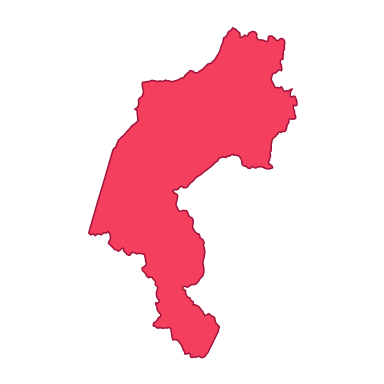 Nova Venécia, Espírito Santo, Brazil, rotated 182°
{"feature_id": "56859067B73479400955028", "entity_name": "Nova Venécia", "entity_type": "district", "adm_level": 2, "iso_a3": "BRA", "parent_name": "Brazil", "parent_adm1": "Espírito Santo", "projection": "equal_earth", "projection_center": [-40.551, -18.657], "detail": "fine", "context": "isolated", "style": "filled", "palette": "rose", "viewbox_px": 384, "rotation_deg": 182, "n_neighbors": 0, "source": "geoboundaries", "source_scale": "gbopen_adm2", "svg_char_len": 6033}
<svg xmlns="http://www.w3.org/2000/svg" viewBox="0 0 384 384"><g transform="rotate(182 192 192)"><path d="M140.0,353.3L141.3,351.7L141.8,349.8L143.2,349.7L144.9,350.7L146.3,349.2L147.4,348.5L149.2,348.3L149.9,352.8L151.4,353.8L154.0,356.2L155.7,356.8L157.0,357.5L158.1,355.9L159.2,354.4L160.7,353.9L161.6,352.7L162.2,350.5L163.8,348.2L165.5,347.4L166.0,345.6L166.8,341.2L167.8,339.2L168.9,334.5L170.5,330.7L171.8,328.9L172.9,326.7L174.2,324.5L176.0,323.1L177.1,321.3L178.4,321.1L179.6,320.8L181.0,320.2L182.3,318.6L183.9,316.9L184.8,315.7L185.8,314.9L188.3,313.4L190.2,311.7L191.9,311.1L193.9,311.6L195.0,312.7L198.3,313.3L199.4,311.6L200.7,310.6L202.1,309.3L203.4,307.9L204.1,305.8L205.7,305.7L207.3,305.2L208.6,304.2L209.8,303.5L214.4,302.0L215.6,301.4L218.8,302.3L220.8,302.3L222.3,302.9L224.0,302.0L225.7,301.3L227.0,301.9L228.6,301.8L230.0,301.1L231.4,301.6L233.3,301.8L235.4,302.2L237.2,301.8L238.3,301.0L240.0,300.9L241.8,300.6L243.5,300.1L245.1,299.9L245.5,298.4L245.4,296.6L244.5,292.6L243.8,291.1L244.3,289.5L244.7,286.9L245.7,285.6L246.9,284.5L248.3,283.3L248.8,281.5L248.4,279.9L248.5,276.8L249.4,274.8L251.9,272.8L249.7,271.4L249.3,267.2L248.7,263.4L248.5,261.4L249.9,259.7L251.8,258.0L253.3,257.0L254.5,255.9L255.8,254.1L257.1,252.4L260.4,248.6L261.7,246.8L264.9,243.8L265.8,242.6L267.2,241.5L267.9,239.7L269.1,236.5L269.5,234.3L271.2,233.1L272.4,231.5L279.7,202.6L286.9,175.2L293.8,147.4L291.8,145.6L289.7,146.4L288.1,146.3L287.4,145.0L286.1,145.8L285.1,147.0L283.8,146.8L282.4,146.2L280.8,146.3L279.1,147.8L277.2,148.1L275.7,148.2L274.6,149.5L273.6,148.6L272.8,147.3L272.2,145.9L271.8,144.0L272.3,141.3L273.4,139.5L273.7,137.8L271.8,136.1L268.4,132.9L267.3,131.6L265.9,131.9L263.6,130.2L262.1,131.1L260.4,132.8L259.2,133.6L258.2,132.9L258.4,130.8L257.0,129.7L254.7,127.3L253.1,126.5L251.7,126.8L249.7,129.6L248.0,129.4L244.9,128.1L243.5,128.9L241.9,128.8L240.5,128.4L238.8,128.6L237.4,127.6L237.0,126.0L236.3,124.6L236.2,122.7L235.8,120.7L235.1,118.8L235.7,116.9L239.2,114.4L239.1,112.4L237.8,110.8L236.1,109.7L235.2,107.8L233.9,105.9L232.6,104.8L230.7,105.5L229.0,105.3L227.6,103.4L226.0,102.1L225.2,100.1L225.6,98.2L224.4,97.1L222.9,95.9L223.2,93.4L224.0,91.0L224.0,89.1L223.9,87.3L223.3,85.5L222.6,84.2L220.9,82.5L221.7,80.2L223.2,79.9L224.4,79.9L224.3,78.0L223.0,76.3L222.9,73.7L222.1,72.2L220.7,70.2L218.8,68.5L219.2,66.3L221.2,65.3L222.0,63.2L223.4,61.4L225.4,60.1L226.1,58.4L225.9,56.7L223.9,56.4L222.5,55.1L220.8,54.7L219.2,55.5L217.2,54.8L215.4,55.0L214.1,55.3L212.1,55.1L211.1,55.9L209.6,55.4L208.4,54.5L208.0,52.9L207.8,50.9L207.3,49.1L207.1,47.4L206.7,45.4L205.8,43.5L204.6,43.9L201.1,43.4L200.2,42.2L198.9,40.8L197.7,39.2L196.5,37.2L195.7,35.1L194.7,33.1L193.9,31.9L193.5,29.9L191.8,29.9L190.3,30.2L189.1,30.9L187.9,30.0L187.9,27.3L186.2,26.5L184.4,27.3L183.0,26.9L180.9,27.5L179.0,28.2L177.8,27.3L176.4,26.7L174.5,27.3L172.7,28.7L171.7,30.8L170.6,31.9L160.8,53.8L160.8,55.7L159.9,57.5L160.5,59.0L162.2,60.5L163.6,62.0L164.2,63.6L164.9,67.0L166.2,68.2L168.7,69.2L169.9,70.2L171.2,71.0L173.3,69.5L175.0,69.0L176.2,71.0L176.7,72.4L178.9,74.8L180.0,76.3L181.4,77.9L185.1,79.5L186.5,79.0L186.7,81.1L187.3,82.8L188.7,83.0L189.6,84.1L190.0,85.7L191.2,86.4L193.0,86.9L194.2,89.0L195.0,91.0L194.9,93.0L196.3,94.2L197.6,94.0L198.0,96.4L196.5,97.5L194.9,97.2L193.2,96.6L191.4,97.8L189.6,99.3L186.4,99.6L184.7,100.3L183.6,101.2L182.9,102.6L181.8,103.8L181.1,105.4L180.1,106.7L178.5,108.3L177.6,110.8L177.3,113.1L177.6,116.7L178.5,120.4L178.6,122.7L177.5,128.2L177.1,132.3L177.4,134.7L177.8,136.4L178.7,139.3L178.0,141.7L179.6,145.0L182.2,146.2L182.7,148.5L183.5,150.2L185.3,150.6L187.9,152.6L188.9,154.5L190.1,155.9L190.1,158.3L189.9,160.5L189.8,162.6L189.9,164.2L191.1,166.2L192.7,166.8L194.1,167.6L195.7,171.6L197.0,173.2L198.6,173.1L200.0,173.4L201.2,172.8L202.7,172.4L204.6,172.8L205.7,174.9L206.7,176.8L207.5,178.6L207.3,181.2L206.3,185.8L206.2,188.1L207.6,189.5L209.3,190.3L211.2,192.1L210.1,193.9L207.8,193.5L205.9,194.3L204.8,195.9L203.6,196.9L202.2,197.5L201.0,196.0L199.3,195.9L198.0,196.2L196.5,197.2L195.5,198.8L193.4,201.5L191.9,202.4L190.7,203.8L189.0,206.0L187.2,207.6L185.2,208.8L183.8,209.7L182.7,210.6L181.8,211.7L177.8,214.8L175.8,216.5L174.3,217.7L171.2,220.7L170.1,221.9L169.0,222.9L167.4,224.0L166.3,226.5L162.5,228.1L160.5,227.8L158.8,227.9L157.3,229.3L155.7,229.1L154.0,230.6L152.4,231.0L151.1,230.1L149.2,230.6L147.8,229.8L146.1,229.8L145.3,228.3L144.3,227.0L143.5,225.2L143.2,222.5L142.3,220.7L141.2,219.8L140.0,219.8L138.3,219.1L136.7,217.8L134.6,217.6L133.1,219.1L131.7,219.5L130.5,218.4L129.0,218.2L127.4,219.2L125.6,219.4L124.1,219.9L120.4,218.6L119.1,217.9L115.8,217.8L113.9,218.3L112.3,219.0L112.8,220.6L113.8,221.4L115.0,222.5L116.2,222.9L116.8,224.7L115.8,226.0L115.5,228.0L114.8,230.4L114.9,232.0L115.6,233.8L114.3,236.0L114.4,241.2L114.3,243.6L113.4,248.0L110.4,250.5L109.5,252.0L108.3,252.7L108.0,254.3L106.6,255.1L105.3,254.6L103.9,255.5L102.6,255.7L101.4,255.7L100.3,257.0L99.8,258.8L99.2,262.6L97.7,264.7L97.8,266.4L97.3,268.3L95.6,268.4L93.7,268.3L92.4,268.5L91.0,269.2L91.1,271.6L91.9,273.2L92.3,274.7L92.4,276.4L93.3,278.5L93.8,280.1L93.4,282.5L91.5,281.8L90.3,282.2L90.2,284.9L90.5,286.7L92.3,291.0L93.9,291.4L95.5,290.5L97.4,291.2L97.3,293.7L96.9,295.7L95.7,298.3L97.5,297.7L99.2,296.1L100.7,296.6L103.0,295.6L104.7,297.6L105.6,299.6L106.8,300.2L107.9,298.9L109.2,299.3L110.7,299.4L112.2,299.1L113.4,300.6L114.1,302.3L114.9,303.7L115.9,305.4L116.8,307.3L116.2,310.6L115.6,313.0L113.4,313.6L111.9,314.5L110.3,316.3L108.7,317.1L106.8,316.4L106.5,318.3L107.3,322.4L108.1,323.9L108.4,325.7L107.5,327.4L105.6,328.0L105.8,329.8L105.7,331.6L105.5,333.6L105.9,335.9L104.7,337.4L104.6,339.4L105.0,341.1L104.5,342.6L104.7,346.0L105.8,347.7L107.0,348.4L108.5,348.5L110.1,347.4L111.1,346.3L113.3,346.6L114.6,348.7L115.9,349.3L117.5,350.6L119.5,350.7L121.0,350.0L121.2,347.6L121.5,345.1L123.1,345.1L127.2,346.4L129.3,346.3L131.2,346.5L132.6,348.3L132.9,350.2L132.7,352.0L133.9,353.5L135.4,354.4L137.2,354.5L140.0,353.3Z" fill="#f43f5e" stroke="#9f1239" stroke-width="1.5"/></g></svg>